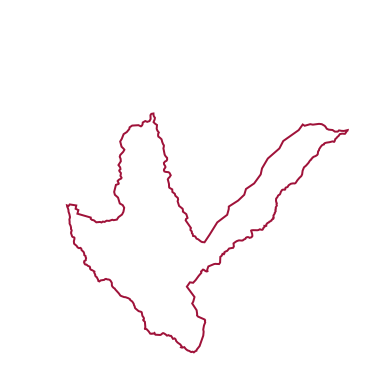 Tambores, Paysandú, Uruguay, rotated 125°
{"feature_id": "84410073B26117167453327", "entity_name": "Tambores", "entity_type": "district", "adm_level": 2, "iso_a3": "URY", "parent_name": "Uruguay", "parent_adm1": "Paysandú", "projection": "natural_earth1", "projection_center": [-56.592, -32.019], "detail": "fine", "context": "isolated", "style": "outline", "palette": "rose", "viewbox_px": 384, "rotation_deg": 125, "n_neighbors": 0, "source": "geoboundaries", "source_scale": "gbopen_adm2", "svg_char_len": 6104}
<svg xmlns="http://www.w3.org/2000/svg" viewBox="0 0 384 384"><g transform="rotate(125 192 192)"><path d="M274.7,286.7L275.6,285.8L276.5,284.3L277.5,283.0L279.0,281.8L280.5,279.7L282.4,277.7L283.0,277.3L284.8,276.7L287.0,274.8L287.7,274.5L288.4,273.7L289.2,272.2L290.5,270.7L291.7,269.9L292.4,268.6L292.9,268.3L294.0,268.1L294.5,267.7L295.0,267.6L297.2,264.6L297.2,263.5L296.8,262.5L296.9,262.1L297.8,261.4L300.0,260.6L301.6,259.3L302.0,258.8L302.3,255.6L303.0,253.9L302.8,252.3L301.8,251.4L301.8,250.7L302.0,250.1L302.9,249.2L303.3,246.4L304.1,245.2L305.5,244.0L305.5,242.5L306.3,241.8L306.9,240.8L307.9,240.5L308.8,239.9L310.5,240.6L311.0,240.2L311.4,240.2L311.8,239.4L312.2,239.2L312.6,238.1L312.3,237.1L312.0,236.8L312.2,234.9L311.8,233.0L312.3,232.2L313.2,231.5L313.5,231.0L313.6,229.7L313.3,229.1L313.1,226.3L314.1,225.9L315.2,223.9L316.0,223.3L316.4,222.4L316.4,221.2L317.8,218.5L318.6,217.7L318.4,216.6L316.8,216.1L314.3,213.5L313.2,213.2L312.5,212.6L312.2,211.3L311.5,210.1L311.2,209.1L311.4,207.8L312.4,205.6L314.4,204.1L315.1,203.1L315.5,201.2L315.4,199.9L315.8,199.1L317.0,193.8L317.9,191.3L317.8,190.3L317.0,187.3L316.3,186.1L315.5,183.1L315.4,181.3L315.9,180.7L316.0,178.1L316.9,175.8L318.1,174.4L318.5,173.4L319.4,172.5L319.8,171.8L320.2,167.4L319.4,165.1L319.4,164.2L321.9,161.6L322.6,159.6L323.1,158.9L323.7,158.5L324.8,158.6L325.1,158.0L325.2,156.9L325.4,156.1L329.6,152.6L330.8,152.3L331.1,152.0L330.4,150.6L331.0,147.6L332.0,145.0L331.9,144.7L331.5,144.3L331.2,143.5L330.7,143.3L330.2,142.4L329.0,141.9L329.8,140.6L329.8,140.0L327.4,136.1L326.7,135.6L324.5,135.0L324.1,134.6L323.9,133.8L323.8,131.9L324.0,130.1L322.7,129.1L322.6,127.8L321.9,126.7L322.0,126.2L323.2,123.3L321.9,122.3L322.1,120.9L323.1,119.6L323.6,117.5L323.6,114.1L324.4,111.9L325.5,111.9L325.2,110.9L323.5,109.3L324.2,107.0L324.3,104.8L323.8,103.3L323.6,100.9L322.4,99.8L322.3,98.5L320.8,98.1L319.4,97.3L318.6,97.7L313.9,97.4L303.2,100.4L299.8,102.3L298.2,103.9L294.5,105.6L291.2,106.4L290.3,107.4L289.5,107.7L289.2,108.5L290.6,115.6L290.2,117.1L289.0,117.8L286.2,120.4L283.2,127.9L281.1,128.1L276.6,129.7L272.5,141.9L267.2,141.9L265.7,139.0L262.0,138.5L256.8,138.4L252.9,138.0L251.9,139.0L251.2,138.7L249.4,138.6L249.0,138.0L249.0,135.5L248.8,134.6L248.4,134.1L247.9,133.9L247.5,134.6L246.8,135.0L243.6,135.9L238.4,132.6L237.5,131.7L235.5,128.5L233.7,128.5L228.9,131.6L227.2,131.1L225.2,131.5L224.7,130.2L223.8,130.2L223.0,130.9L221.7,130.5L220.0,129.4L217.0,129.2L214.1,126.3L212.6,126.5L210.3,128.5L207.8,127.7L206.3,127.0L204.7,125.8L203.1,123.2L202.7,122.8L202.2,122.5L201.7,122.5L199.7,121.4L198.6,121.6L197.3,120.9L196.6,119.8L196.5,118.5L195.1,117.4L193.8,117.2L193.3,117.4L191.8,118.7L189.8,121.4L189.4,121.4L188.3,120.2L185.9,116.6L185.1,115.8L183.6,115.0L183.3,113.9L182.8,112.9L182.3,112.6L180.9,112.7L180.4,112.9L179.2,112.6L178.7,112.9L178.2,112.6L178.0,113.0L177.1,111.8L175.9,112.5L174.2,112.4L172.8,111.6L171.9,111.6L171.1,111.0L169.7,110.5L168.9,110.8L167.8,110.2L167.4,110.1L167.0,110.5L166.6,110.2L166.1,110.4L165.9,110.9L164.9,111.4L164.5,111.8L162.1,111.9L161.6,112.3L159.8,112.4L159.2,112.9L159.0,113.4L157.7,113.6L157.4,114.1L156.4,114.6L154.5,114.7L153.4,115.9L152.8,115.9L152.0,116.9L151.9,117.3L150.8,118.3L149.1,119.3L147.4,119.1L145.7,119.4L145.0,119.3L143.7,118.7L143.0,118.7L140.9,119.3L138.9,119.4L137.8,118.8L136.9,117.3L136.5,117.1L135.4,117.7L134.6,117.7L133.2,116.6L131.0,116.7L128.5,115.7L127.1,114.3L126.1,112.8L125.5,112.4L124.9,112.3L121.8,112.4L118.7,112.1L116.3,111.6L114.4,111.9L111.1,113.6L107.6,114.4L104.9,113.7L101.4,113.3L98.5,113.4L97.2,113.0L96.8,113.2L96.2,113.0L94.5,113.0L94.2,112.7L93.3,112.5L91.7,111.4L89.9,110.7L88.9,110.7L86.4,112.0L85.1,111.9L84.0,112.4L81.1,112.5L79.2,112.3L78.6,112.1L77.3,111.2L76.8,111.5L75.6,111.1L74.5,110.2L72.3,107.9L70.4,106.3L69.8,105.7L69.5,104.5L69.3,104.3L68.8,104.3L66.2,105.0L65.2,104.6L63.4,104.5L62.2,104.1L59.8,104.1L58.1,102.5L56.7,100.2L56.4,100.0L53.3,100.1L52.5,99.8L52.0,100.0L54.9,102.6L56.2,104.7L57.2,106.9L59.0,107.3L60.6,109.6L60.6,112.4L62.5,115.8L62.9,117.9L62.1,119.7L61.7,121.3L62.0,124.6L63.3,127.0L67.5,131.6L68.6,134.0L73.1,137.7L73.2,140.0L80.1,140.1L97.9,146.5L106.2,145.4L121.1,149.1L132.5,148.2L138.2,145.8L149.3,146.0L158.6,149.5L164.3,147.6L172.6,149.3L182.8,153.5L184.9,152.1L190.5,150.1L202.4,153.9L217.0,153.1L226.0,152.9L227.2,155.0L227.4,156.4L227.2,159.8L227.6,161.6L226.6,163.7L226.8,164.8L227.4,165.9L225.9,167.5L225.8,168.4L224.4,169.6L224.1,171.3L223.1,172.1L222.1,172.2L218.9,180.9L217.6,181.4L215.8,180.8L213.4,184.0L213.3,188.2L212.2,188.9L211.1,190.1L210.8,194.6L207.8,198.5L206.2,199.0L205.0,200.2L204.6,203.5L203.3,205.1L203.2,208.1L201.2,209.7L201.5,212.9L201.2,213.5L198.6,215.5L195.5,219.1L193.8,219.2L193.0,218.9L190.5,219.0L189.3,221.3L189.2,222.5L190.7,225.3L191.0,226.4L190.4,227.4L189.5,227.9L187.1,227.9L186.3,228.5L185.3,230.8L184.3,231.7L182.6,231.6L181.1,230.8L179.8,230.9L178.3,232.0L177.9,234.0L177.1,235.8L172.6,240.5L171.2,241.0L169.9,241.8L169.3,243.3L168.0,245.2L166.3,247.2L166.0,249.0L165.9,251.4L165.0,252.3L163.7,253.1L162.3,253.3L161.6,255.5L160.5,257.2L157.2,259.1L157.2,261.6L156.8,263.6L154.0,264.2L152.5,264.9L151.9,266.5L151.4,267.3L149.8,268.6L151.3,270.1L152.9,270.1L155.9,267.8L158.3,267.5L160.2,268.9L160.7,271.0L163.3,272.2L165.0,271.3L166.2,271.1L167.5,271.5L168.0,274.2L171.9,279.1L174.8,280.2L176.4,279.5L180.3,279.8L183.8,281.2L188.8,280.0L191.8,279.8L195.3,275.7L195.8,272.7L196.2,271.6L198.6,271.4L202.8,272.0L204.6,271.4L205.7,269.6L207.7,267.9L212.1,267.7L213.0,265.0L214.3,263.7L216.0,264.0L216.7,263.2L217.2,261.2L217.9,260.7L219.8,259.9L220.7,257.9L221.5,257.7L224.0,259.0L225.7,259.2L226.9,257.0L227.6,256.8L229.8,258.4L236.6,255.8L238.5,253.6L239.0,249.4L242.8,244.6L242.5,241.2L243.8,238.5L247.6,236.8L250.6,236.4L254.8,237.8L257.7,237.7L260.0,240.0L260.5,241.4L263.2,243.3L264.5,245.5L266.6,246.4L267.4,248.1L268.8,248.6L269.3,250.2L271.7,253.0L271.5,256.3L272.2,257.8L272.1,259.5L271.0,260.3L275.5,273.4L272.0,274.7L272.5,277.7L269.4,279.1L272.3,285.0L274.3,285.1L274.7,286.7Z" fill="none" stroke="#9f1239" stroke-width="2"/></g></svg>